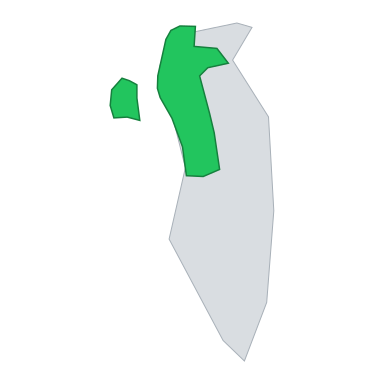 location of Ash Shamālīyah within Bahrain
{"feature_id": "BHR-4927", "entity_name": "Ash Shamālīyah", "entity_type": "Governorate", "adm_level": 1, "iso_a3": "BHR", "parent_name": "Bahrain", "parent_adm1": "", "projection": "mercator", "projection_center": [50.465, 26.145], "detail": "fine", "context": "in_parent", "style": "filled", "palette": "green", "viewbox_px": 384, "rotation_deg": 0, "n_neighbors": 0, "source": "natural_earth", "source_scale": "10m", "svg_char_len": 722}
<svg xmlns="http://www.w3.org/2000/svg" viewBox="0 0 384 384"><path d="M266.7,302.4L244.4,361.0L223.1,340.5L169.1,239.1L185.4,167.7L159.8,65.9L171.9,36.5L236.9,23.0L252.0,27.4L232.6,60.1L268.5,116.9L273.8,210.8L266.7,302.4Z" fill="#d9dde1" stroke="#a8b0b8" stroke-width="1"/><path d="M186.4,175.7L182.5,146.8L172.0,118.3L160.2,97.6L157.4,88.3L157.8,75.8L165.9,39.4L170.9,30.4L179.9,26.0L180.0,26.0L180.7,26.0L195.4,26.4L194.1,46.4L216.9,48.4L228.3,63.2L207.8,67.7L199.6,75.9L209.6,113.5L214.2,132.8L219.6,169.4L203.2,176.5L186.4,175.7ZM122.0,78.2L129.4,80.7L136.9,84.8L136.9,98.1L138.3,108.8L139.8,120.4L127.2,117.1L113.9,117.9L110.2,105.5L111.7,89.8L122.0,78.2Z" fill="#22c55e" stroke="#15803d" stroke-width="1.5"/></svg>